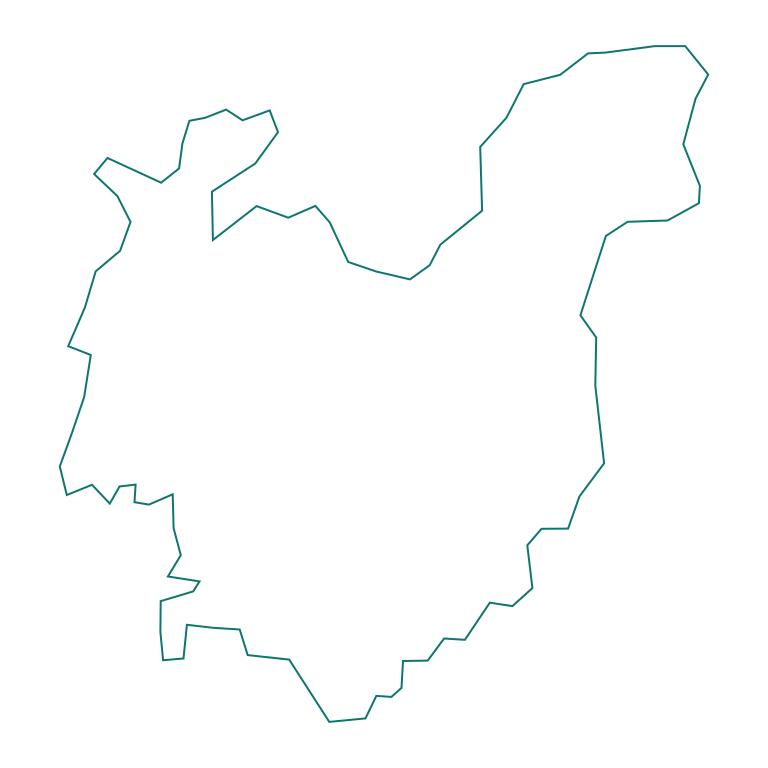 Parkent, Tashkent, Uzbekistan (orthographic projection)
{"feature_id": "79887680B47591797278473", "entity_name": "Parkent", "entity_type": "district", "adm_level": 2, "iso_a3": "UZB", "parent_name": "Uzbekistan", "parent_adm1": "Tashkent", "projection": "orthographic", "projection_center": [69.727, 41.255], "detail": "fine", "context": "isolated", "style": "outline", "palette": "teal", "viewbox_px": 768, "rotation_deg": 0, "n_neighbors": 0, "source": "geoboundaries", "source_scale": "gbopen_adm2", "svg_char_len": 1225}
<svg xmlns="http://www.w3.org/2000/svg" viewBox="0 0 768 768"><path d="M595.3,385.6L596.2,337.5L580.4,315.3L605.9,235.9L627.6,221.8L667.5,220.5L698.9,203.2L699.9,185.9L683.3,144.3L695.5,98.8L708.2,74.5L685.2,46.1L654.9,46.1L605.2,52.6L588.0,53.4L560.2,74.8L523.7,84.1L506.5,117.7L480.2,146.9L482.1,210.7L440.3,244.7L429.7,265.2L409.9,279.4L376.2,271.5L348.2,262.0L329.7,222.3L315.4,205.9L288.2,217.7L256.6,206.1L212.9,240.0L211.9,191.7L255.3,163.5L278.0,132.2L269.7,110.4L242.6,120.3L226.1,109.6L204.8,117.9L189.4,120.8L182.4,143.5L179.1,168.4L161.1,182.7L107.5,158.0L94.1,174.0L117.4,196.1L130.5,221.9L120.1,250.8L95.7,271.3L84.9,307.5L68.2,346.2L90.8,355.0L84.1,397.3L71.8,433.4L59.8,466.5L66.8,495.0L92.0,484.8L109.8,503.6L119.5,486.5L135.6,484.6L134.5,502.2L148.9,504.6L172.7,494.3L173.6,528.2L180.8,555.2L167.9,576.5L199.5,581.4L193.2,591.4L160.7,601.1L160.4,632.0L163.1,660.2L183.5,658.5L186.9,624.8L213.2,627.8L239.7,629.5L247.7,655.1L289.2,659.6L329.3,721.9L365.5,718.4L376.3,695.9L391.4,696.9L401.5,687.9L403.0,661.0L427.7,660.6L444.1,638.5L464.9,639.8L489.8,602.7L512.4,606.1L532.4,588.1L527.3,545.3L541.5,528.8L568.1,528.6L579.4,496.5L604.1,463.3L595.3,385.6Z" fill="none" stroke="#0f766e" stroke-width="2"/></svg>